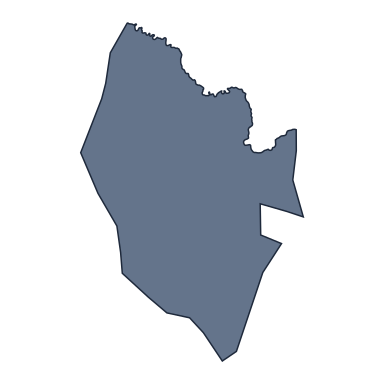 outline of Tes, Dzavhan, Mongolia
{"feature_id": "93677404B51014704481804", "entity_name": "Tes", "entity_type": "district", "adm_level": 2, "iso_a3": "MNG", "parent_name": "Mongolia", "parent_adm1": "Dzavhan", "projection": "orthographic", "projection_center": [95.652, 49.605], "detail": "fine", "context": "isolated", "style": "filled", "palette": "slate", "viewbox_px": 384, "rotation_deg": 0, "n_neighbors": 0, "source": "geoboundaries", "source_scale": "gbopen_adm2", "svg_char_len": 5699}
<svg xmlns="http://www.w3.org/2000/svg" viewBox="0 0 384 384"><path d="M105.7,83.4L101.7,98.8L80.7,152.7L98.0,193.4L116.9,226.0L120.6,252.3L122.3,273.3L148.6,297.4L166.9,312.9L189.6,317.8L203.4,332.7L222.3,361.0L236.4,351.4L262.8,272.5L281.5,243.6L260.7,235.0L260.2,203.8L286.0,211.2L303.3,216.9L292.8,180.0L296.3,150.7L296.2,129.7L294.9,129.3L293.1,129.4L292.5,129.5L292.1,129.7L291.6,130.1L289.1,130.5L288.1,130.8L287.3,131.3L287.0,132.0L286.5,133.1L286.4,134.0L286.2,134.5L285.7,135.0L284.7,135.5L283.8,135.7L282.0,135.9L281.4,136.0L280.4,136.5L279.4,137.4L278.3,138.1L278.0,138.2L277.5,138.3L277.1,138.5L276.3,139.4L275.5,139.8L275.4,140.2L275.5,141.5L275.5,142.2L275.6,143.2L275.7,144.3L275.6,145.3L275.0,146.5L274.4,147.2L273.8,147.4L272.8,147.6L272.6,147.8L272.4,148.2L272.1,149.4L271.7,149.9L270.9,150.2L270.2,150.4L269.2,150.2L268.3,149.3L267.9,149.4L267.3,149.5L266.9,149.8L266.5,150.0L265.8,150.2L265.3,150.2L264.8,150.4L263.9,150.9L262.8,151.8L262.2,152.1L261.7,152.5L261.2,152.6L260.5,152.8L258.1,152.9L257.4,152.8L255.8,152.5L254.3,152.5L253.2,152.0L251.9,150.4L251.3,149.5L251.0,148.6L250.8,147.6L250.6,145.4L250.3,145.0L249.7,144.7L249.3,144.7L246.7,145.2L245.1,145.3L244.4,144.6L243.9,143.7L243.6,142.8L243.6,141.6L244.2,140.5L245.1,139.8L246.2,139.3L247.0,139.1L248.1,138.4L248.5,138.0L248.5,137.5L248.2,135.7L248.3,135.1L248.7,134.2L248.9,133.2L248.8,132.2L248.6,131.4L248.4,130.5L248.3,129.4L248.6,128.6L249.1,127.7L249.7,127.1L250.3,127.0L250.8,126.6L251.1,126.2L251.4,126.0L251.8,125.8L252.0,125.5L252.3,125.2L252.5,124.4L252.5,123.8L252.5,123.2L252.1,122.2L251.9,121.6L251.9,120.1L251.7,119.6L251.7,119.0L251.9,118.3L252.0,117.7L252.0,117.3L251.7,116.9L251.3,116.4L251.1,115.8L251.1,115.2L251.2,114.6L251.4,114.2L251.5,113.7L251.5,113.4L251.2,112.8L250.9,111.9L250.8,111.3L251.0,110.4L251.1,109.8L251.2,109.4L251.1,109.1L250.5,108.6L250.1,108.2L249.8,107.7L249.3,106.1L249.2,105.3L249.1,104.5L248.8,103.8L248.3,102.8L247.8,102.1L246.5,100.9L246.1,100.1L245.7,99.2L245.5,98.5L245.2,97.5L245.3,95.5L245.7,94.2L245.7,93.8L245.3,93.4L243.3,92.2L242.8,91.8L242.6,91.5L242.6,90.7L241.8,89.4L241.5,89.3L239.7,89.4L238.9,89.2L238.4,89.0L237.9,88.7L236.5,87.7L235.9,87.5L235.5,87.5L235.1,87.6L234.7,87.8L233.7,87.9L233.2,87.8L232.2,87.3L231.3,87.3L231.0,87.6L230.6,87.9L230.0,88.3L228.8,88.4L227.7,88.4L227.5,88.6L227.5,89.1L227.8,89.4L228.2,89.8L229.0,90.6L229.4,91.1L229.6,91.3L229.6,91.6L229.5,92.1L229.3,92.5L228.8,92.9L227.9,93.2L226.6,93.3L226.1,93.1L225.5,92.4L225.3,91.7L225.2,91.4L224.8,91.1L224.6,91.0L224.2,90.9L224.1,91.1L224.1,91.3L224.2,93.0L224.0,93.4L223.7,93.7L223.2,93.8L222.6,93.8L222.1,93.6L221.8,93.2L221.6,92.8L221.6,92.3L221.6,91.8L221.6,91.0L221.1,91.1L219.1,92.4L218.7,92.6L218.4,92.7L218.2,93.1L217.7,93.7L217.3,93.9L217.0,94.4L216.7,95.0L216.3,96.0L215.9,96.5L214.9,96.7L214.5,96.6L214.2,96.1L213.8,95.4L213.3,94.2L213.2,94.1L212.4,94.0L211.7,94.3L211.1,94.8L210.8,94.8L210.4,94.7L210.1,94.4L209.6,92.9L209.5,92.3L209.4,92.1L209.2,92.1L208.8,92.3L208.7,92.5L208.8,93.0L209.0,93.7L209.2,94.0L209.3,94.4L209.4,94.9L209.1,95.2L208.7,95.6L208.1,95.7L207.3,95.6L205.9,95.7L205.3,95.6L204.7,95.2L204.2,95.0L203.7,95.0L202.9,94.8L202.5,94.4L202.2,93.5L202.1,92.9L202.6,91.8L202.8,91.3L203.0,90.6L203.0,89.7L203.5,89.3L203.6,88.9L203.6,88.1L203.4,87.8L203.0,87.4L200.8,85.8L199.3,85.1L198.3,85.2L197.7,85.0L197.1,84.7L196.3,84.3L195.9,83.8L195.7,83.1L195.6,82.3L195.5,81.6L195.1,80.4L194.8,80.1L194.4,79.8L194.1,79.8L193.6,80.1L193.3,80.1L192.8,80.0L192.4,79.7L191.8,79.2L191.4,78.7L191.1,78.4L190.3,77.8L189.7,77.3L189.1,76.6L188.9,76.0L188.6,74.5L188.4,74.0L188.2,73.6L187.8,73.5L187.1,73.5L186.4,73.5L186.0,73.3L185.5,72.9L185.1,72.1L184.5,70.6L184.2,70.0L183.8,69.7L183.5,69.5L182.7,69.1L182.3,68.7L182.1,68.4L181.9,67.6L181.9,66.2L181.0,64.0L180.9,63.5L180.7,62.4L180.7,59.1L180.8,58.4L181.2,57.4L181.4,56.4L181.7,55.2L181.7,54.5L181.4,53.8L180.7,52.2L180.3,51.5L179.7,50.8L179.1,49.4L178.8,48.9L178.4,48.7L177.9,48.6L177.5,48.2L177.1,48.1L175.8,48.3L175.4,48.1L174.4,47.5L174.0,47.4L173.3,47.4L172.0,47.5L171.6,47.4L171.2,47.3L171.0,47.0L170.8,46.6L170.8,46.2L170.8,45.8L171.0,45.3L171.0,45.1L170.9,44.7L170.7,44.6L169.9,44.7L168.8,45.2L168.1,45.5L167.5,45.6L166.8,45.5L166.5,45.4L166.2,45.0L166.0,44.4L165.8,43.7L165.8,43.0L165.8,42.1L166.0,40.9L166.1,39.2L166.1,38.9L165.9,38.4L165.6,38.1L165.3,37.9L165.0,37.8L164.4,37.9L164.0,38.1L163.4,38.8L163.1,39.0L162.5,39.2L161.8,39.3L161.0,39.0L160.7,38.6L160.4,38.4L160.0,38.3L159.2,38.3L158.7,38.2L158.0,37.9L157.6,37.5L157.4,37.4L157.2,37.5L156.9,37.7L155.9,38.8L155.4,39.1L155.0,39.4L154.5,39.5L153.9,39.4L153.5,39.3L153.1,39.0L152.8,38.6L152.7,38.2L152.6,37.8L152.6,37.4L152.8,37.0L154.1,36.0L154.3,35.5L154.3,35.2L153.9,34.8L153.0,34.7L152.7,34.8L152.1,35.1L151.3,36.0L151.0,36.2L150.6,36.2L150.2,36.1L149.9,35.8L149.8,35.3L149.8,34.8L149.8,33.8L149.7,33.6L149.5,33.4L149.3,33.4L149.1,33.5L148.3,34.7L148.0,34.9L147.7,35.1L146.8,35.1L146.5,34.9L146.2,34.6L145.9,33.2L145.7,33.0L145.0,32.8L144.4,32.8L143.6,33.0L143.1,33.1L142.8,33.0L142.5,32.9L142.1,32.6L142.0,32.3L142.1,31.6L142.2,30.9L142.1,30.7L141.8,30.4L141.7,30.1L141.6,29.8L141.6,29.5L141.8,28.8L141.9,28.5L141.9,28.1L141.8,27.7L141.7,27.6L141.3,27.5L140.7,28.0L140.3,28.0L139.9,27.8L139.4,27.8L139.2,27.9L139.0,28.1L138.8,28.4L138.3,29.5L138.0,30.1L137.7,30.4L137.4,30.6L137.0,30.8L136.5,30.8L136.2,30.7L135.8,30.5L135.5,30.1L135.2,29.5L134.9,27.7L134.7,26.7L134.8,26.3L134.9,26.1L135.2,25.8L135.7,25.4L136.3,24.6L136.4,24.4L136.2,24.1L135.5,24.1L134.8,24.5L134.2,24.9L133.7,24.9L133.0,24.6L132.3,24.2L131.9,24.1L129.2,23.8L128.4,23.5L128.1,23.3L127.9,23.0L127.1,23.3L110.3,52.8L105.7,83.4Z" fill="#64748b" stroke="#1e293b" stroke-width="1.5"/></svg>